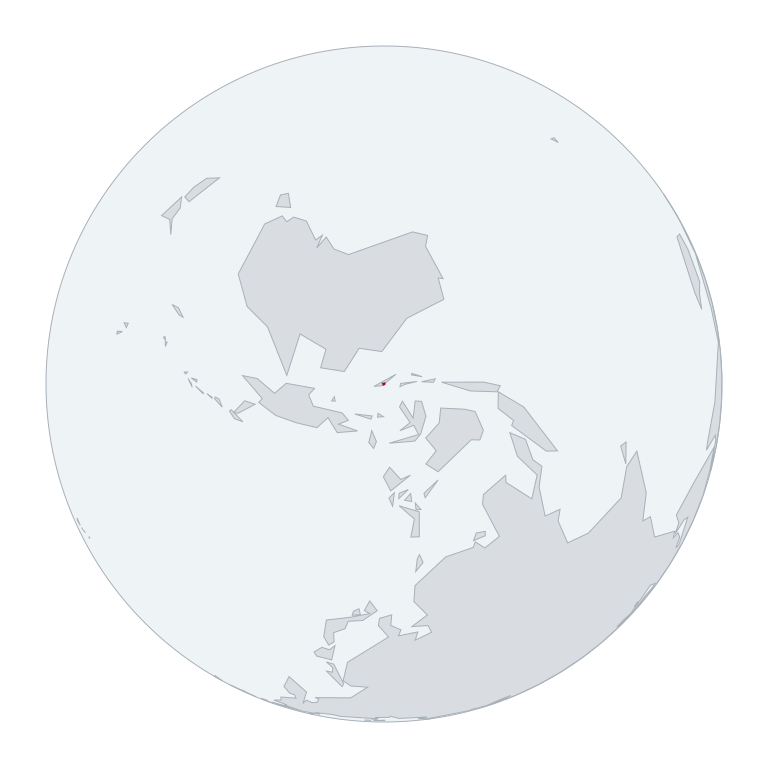 the Earth from above Aileu, rotated 177°
{"feature_id": "TLS-544", "entity_name": "Aileu", "entity_type": "District", "adm_level": 1, "iso_a3": "TLS", "parent_name": "East Timor", "parent_adm1": "", "projection": "orthographic", "projection_center": [125.606, -8.71], "detail": "fine", "context": "on_globe", "style": "filled", "palette": "rose", "viewbox_px": 768, "rotation_deg": 177, "n_neighbors": 0, "source": "natural_earth", "source_scale": "10m", "svg_char_len": 7071}
<svg xmlns="http://www.w3.org/2000/svg" viewBox="0 0 768 768"><g transform="rotate(177 384 384)"><circle cx="384" cy="384" r="338" fill="#eef3f6" stroke="#a8b0b8"/><path d="M648.0,447.8L647.7,450.4L647.4,450.6L648.0,447.8ZM565.4,98.9L567.3,100.2L568.4,102.0L560.9,96.1L565.4,98.9ZM553.1,91.5L551.5,90.6L544.6,86.8L539.4,84.3L531.4,80.1L528.4,78.5L553.1,91.5ZM521.2,75.2L520.5,74.9L511.5,71.2L513.3,71.8L521.2,75.2ZM697.5,266.2L694.7,258.8L697.3,263.7L697.5,266.2ZM692.3,254.1L693.4,256.6L692.4,254.5L692.3,254.1ZM691.1,252.5L692.0,253.7L691.3,253.1L691.1,252.5ZM689.8,251.3L690.4,251.6L690.5,251.9L689.8,251.3ZM686.8,247.2L685.9,245.9L686.2,245.5L686.8,247.2ZM540.0,84.7L542.0,85.9L538.5,84.2L540.0,84.7ZM523.0,76.6L516.6,74.0L522.4,76.1L523.0,76.6ZM512.4,72.2L497.1,66.9L500.2,68.7L482.6,61.5L501.5,67.8L508.2,69.9L507.9,70.2L512.4,72.2ZM475.4,58.9L471.1,57.7L474.8,58.7L475.4,58.9ZM269.6,66.0L270.0,65.9L274.4,64.4L278.5,63.0L278.1,63.7L281.3,62.7L282.7,61.9L289.9,59.5L302.6,56.1L301.8,56.5L297.1,57.8L286.1,61.8L273.8,66.1L274.7,66.1L285.2,62.5L298.7,57.4L306.5,55.3L301.3,57.1L303.8,56.3L307.5,55.4L310.3,55.3L316.6,53.3L357.9,47.5L367.6,47.9L358.3,49.2L386.3,49.2L395.0,51.8L396.2,50.8L410.4,51.5L407.9,50.6L409.6,50.2L445.0,54.4L452.6,56.6L469.2,59.4L469.9,59.2L465.1,57.6L482.6,61.5L500.2,68.7L497.9,68.7L510.5,74.1L503.4,73.8L503.3,76.8L488.3,74.9L489.6,78.3L494.4,80.2L499.7,87.2L494.1,96.8L477.5,80.4L481.7,69.2L478.2,72.4L472.7,69.6L467.5,69.7L465.5,72.8L469.2,74.4L433.6,72.3L416.3,82.1L432.8,84.1L440.3,89.8L435.0,108.0L392.7,131.1L402.2,143.1L400.8,150.2L388.3,153.1L389.9,142.6L379.9,137.6L382.7,131.8L363.1,134.6L366.3,126.5L349.5,133.6L352.7,140.5L368.8,140.3L352.8,151.1L365.5,165.1L363.6,181.0L331.4,208.1L303.5,216.1L301.1,221.6L291.8,215.0L276.7,225.8L291.9,258.7L290.5,268.4L267.3,286.6L267.3,279.3L242.4,261.6L235.8,285.1L254.5,304.8L260.9,328.8L245.6,321.3L239.3,300.5L230.6,293.6L234.5,273.0L230.0,243.7L214.7,249.7L217.3,238.1L208.9,215.7L187.7,224.4L153.1,257.9L145.9,288.8L135.0,303.8L127.8,261.7L132.7,233.7L124.9,237.6L121.8,217.0L101.4,221.8L103.1,215.4L98.2,220.1L96.7,215.5L101.1,205.2L98.1,207.6L87.6,235.0L91.4,232.7L101.0,219.3L96.8,230.0L98.9,237.8L80.1,268.6L57.4,304.1L62.9,281.6L71.2,256.1L81.9,232.7L94.2,210.1L108.3,188.6L123.9,168.2L141.1,149.1L159.7,131.3L179.5,115.0L200.6,100.2L222.7,87.1L245.7,75.7L269.6,66.0ZM62.4,280.2L56.9,305.6L55.7,309.9L55.8,315.6L65.5,301.0L63.9,308.9L54.5,348.7L47.9,408.0L53.2,442.1L60.3,472.8L66.1,497.7L75.6,520.6L80.0,531.4L86.9,544.8L94.9,559.0L83.2,537.9L73.0,516.1L64.3,493.5L57.3,470.5L52.0,447.0L48.4,423.1L46.4,399.1L46.2,375.0L47.7,350.9L50.9,327.0L55.8,303.4L62.4,280.2ZM123.7,170.7L128.5,169.2L140.1,153.9L142.9,152.4L145.8,148.2L140.9,152.9L150.0,141.5L157.1,136.0L163.5,129.8L162.2,130.1L147.9,142.4L134.7,158.2L127.7,165.5L123.7,170.7ZM197.4,616.1L204.3,620.0L201.3,621.0L197.4,616.1ZM68.9,459.1L83.7,515.6L81.0,518.3L73.6,503.1L63.4,469.7L64.2,457.8L62.8,441.9L68.9,459.1ZM345.5,389.3L356.0,391.6L355.7,393.2L345.5,389.3ZM334.5,383.1L346.3,384.3L332.6,386.5L334.5,383.1ZM350.9,384.8L363.0,382.6L368.2,380.4L367.4,383.7L350.9,384.8ZM326.5,382.8L284.3,380.7L267.9,376.2L271.5,370.3L298.0,372.5L326.5,382.8ZM270.2,370.2L245.6,353.7L214.2,308.1L225.4,308.5L258.7,335.9L256.5,340.8L271.4,353.7L270.2,370.2ZM330.9,342.2L328.6,357.0L305.0,354.6L294.5,351.8L287.2,332.6L291.2,323.1L299.8,323.7L334.6,293.5L346.4,301.9L335.3,314.6L345.1,327.9L330.9,342.2ZM146.7,291.6L150.9,309.7L145.3,313.4L146.7,291.6ZM349.8,272.8L335.0,285.3L348.8,268.3L349.8,272.8ZM358.6,256.8L359.0,263.5L353.7,256.7L358.6,256.8ZM299.7,230.3L290.6,231.6L290.9,227.1L302.8,222.9L299.7,230.3ZM362.1,195.1L359.9,207.6L357.5,211.7L354.3,203.8L362.1,195.1ZM352.8,47.8L359.1,47.1L361.1,47.0L360.0,47.2L352.8,47.8ZM358.4,47.1L353.2,47.6L352.4,47.6L358.4,47.1ZM569.1,576.3L573.2,581.3L563.6,590.5L550.3,598.7L537.6,598.5L569.1,576.3ZM469.5,579.4L468.0,565.2L482.5,566.9L477.5,578.2L469.5,579.4ZM578.4,570.2L586.9,560.2L589.1,544.4L589.4,559.6L597.3,563.8L576.3,581.4L578.4,570.2ZM412.7,515.1L347.5,534.4L332.7,530.1L335.3,519.3L319.5,486.1L324.3,487.0L319.8,465.4L357.7,448.5L384.5,416.5L406.9,421.0L423.0,398.6L446.5,403.5L440.1,421.7L465.2,438.4L480.6,397.7L497.4,447.3L516.6,468.5L523.8,501.5L494.8,550.0L476.8,557.2L472.7,551.1L465.4,555.4L453.0,550.8L444.8,531.4L437.7,535.8L444.0,523.4L434.0,533.8L426.9,521.4L412.7,515.1ZM581.2,461.2L585.0,463.7L591.4,474.5L585.3,470.9L581.2,461.2ZM638.4,453.8L640.3,458.8L636.2,458.0L638.4,453.8ZM647.4,450.6L642.5,450.1L648.0,447.8L647.4,450.6ZM599.8,438.7L601.8,442.3L600.3,442.9L599.8,438.7ZM598.3,437.1L600.4,433.0L600.2,437.8L598.3,437.1ZM579.5,406.1L581.7,404.3L582.8,406.5L579.5,406.1ZM371.5,393.1L386.0,382.4L394.1,382.2L371.5,393.1ZM576.1,400.1L570.5,398.1L571.0,395.8L576.1,400.1ZM576.4,394.5L575.7,390.8L579.4,399.9L576.4,394.5ZM565.3,383.9L572.4,391.8L564.6,384.4L565.3,383.9ZM561.3,383.6L556.3,379.7L556.6,378.8L561.3,383.6ZM506.3,375.8L524.8,399.8L510.3,396.1L493.8,380.4L481.6,389.8L453.6,383.3L459.8,377.1L455.8,365.6L427.3,357.3L421.5,349.6L431.5,346.3L412.9,338.5L433.2,337.9L441.7,353.3L453.3,343.9L473.6,349.9L493.6,358.2L510.1,372.2L506.3,375.8ZM433.7,369.4L437.2,369.9L434.2,373.9L433.7,369.4ZM546.7,369.3L554.0,378.2L553.2,379.8L549.6,377.8L546.7,369.3ZM513.8,370.5L531.4,362.4L535.6,363.5L524.0,374.5L513.8,370.5ZM526.9,353.7L535.2,357.2L539.7,365.0L538.0,366.4L526.9,353.7ZM392.2,351.2L391.5,355.0L386.3,351.4L392.2,351.2ZM398.9,349.5L414.7,355.6L397.5,352.7L398.9,349.5ZM352.1,331.7L356.5,341.2L370.6,336.5L359.9,344.1L369.7,360.3L366.5,365.9L356.7,348.4L353.7,365.4L347.4,364.7L343.8,349.6L350.0,332.2L356.2,325.4L381.8,324.6L352.1,331.7ZM398.7,338.1L394.6,327.0L397.7,320.2L402.2,326.3L398.7,338.1ZM382.8,300.6L372.3,287.8L362.4,291.5L382.9,276.9L389.5,291.4L382.8,300.6ZM374.6,274.1L365.3,277.3L375.2,268.8L374.6,274.1ZM363.1,273.2L362.5,265.2L369.6,266.8L363.1,273.2ZM379.3,274.9L381.8,261.5L385.0,269.8L379.3,274.9ZM360.7,247.6L375.2,261.6L355.5,254.5L356.7,229.6L365.2,229.7L360.7,247.6ZM420.7,160.8L419.7,154.9L427.9,154.7L426.3,158.8L420.7,160.8ZM453.9,151.3L429.8,152.8L410.3,155.5L415.5,158.8L409.6,168.1L402.7,158.0L417.6,149.0L432.1,148.9L435.8,141.6L447.4,138.3L447.3,129.1L452.9,126.2L457.4,134.9L453.9,151.3ZM446.7,125.3L450.7,111.2L465.5,115.9L467.9,120.0L459.8,124.3L452.5,121.4L446.7,125.3ZM456.0,109.4L448.9,106.9L439.9,86.8L441.7,84.0L456.4,100.3L450.5,98.9L450.1,103.5L456.0,109.4ZM471.6,58.0L471.1,57.8L474.2,58.7L471.6,58.0ZM407.8,49.8L410.6,49.5L414.2,50.2L407.8,49.8ZM420.3,49.5L414.3,48.8L420.9,49.3L420.3,49.5ZM400.9,47.8L412.1,48.5L400.9,48.2L400.9,47.8Z" fill="#d9dde1" stroke="#a8b0b8" stroke-width="1"/><path d="M384.5,383.1L384.8,383.2L384.9,383.3L384.9,383.2L384.9,383.5L385.0,383.6L385.0,383.8L385.1,384.0L385.2,384.3L385.0,384.2L384.9,384.3L384.6,384.5L384.5,384.4L384.4,384.3L384.2,384.4L384.1,384.5L383.9,384.6L383.6,384.8L383.3,384.9L383.2,384.7L383.1,384.4L383.1,384.2L383.4,383.9L383.4,383.6L383.5,383.5L383.9,383.4L384.1,383.4L384.3,383.3L384.5,383.1Z" fill="#f43f5e" stroke="#9f1239" stroke-width="1.5"/></g></svg>